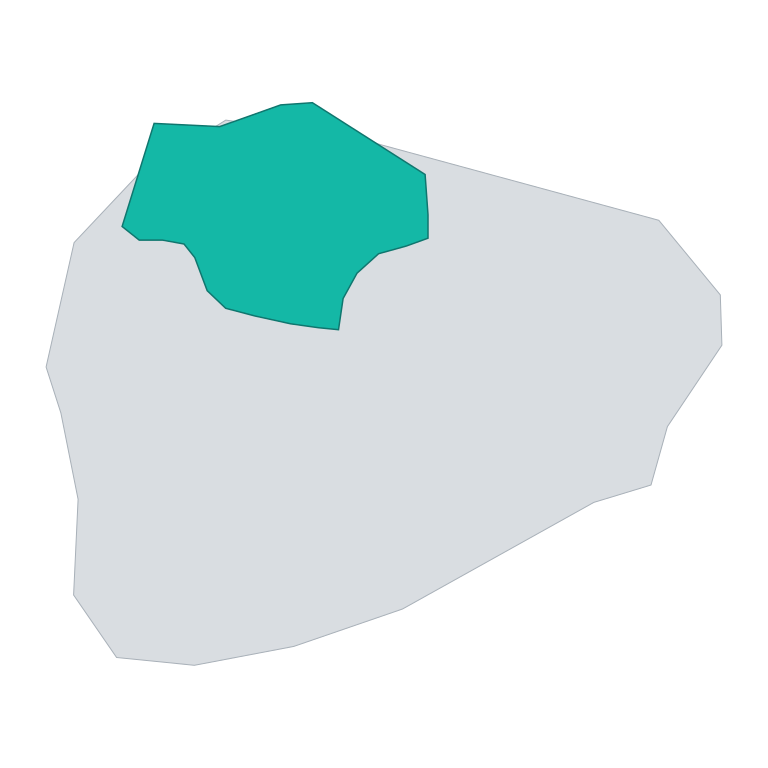 location of Ordino within Andorra
{"feature_id": "AND-4878", "entity_name": "Ordino", "entity_type": "state/province", "adm_level": 1, "iso_a3": "AND", "parent_name": "Andorra", "parent_adm1": "", "projection": "natural_earth1", "projection_center": [1.528, 42.606], "detail": "fine", "context": "in_parent", "style": "filled", "palette": "teal", "viewbox_px": 768, "rotation_deg": 0, "n_neighbors": 0, "source": "natural_earth", "source_scale": "10m", "svg_char_len": 693}
<svg xmlns="http://www.w3.org/2000/svg" viewBox="0 0 768 768"><path d="M651.0,485.0L593.8,502.4L402.5,609.0L293.8,646.4L194.3,665.3L116.6,657.5L73.6,595.0L78.1,499.3L60.9,413.0L46.1,367.0L74.1,242.6L137.6,175.2L225.8,120.1L364.5,140.3L658.8,220.3L720.3,294.9L721.9,345.2L667.4,426.6L651.0,485.0Z" fill="#d9dde1" stroke="#a8b0b8" stroke-width="1"/><path d="M312.4,102.7L425.1,174.5L428.0,214.8L428.0,238.2L406.4,246.0L378.6,253.7L357.0,273.2L343.1,298.5L338.5,329.7L318.4,327.7L290.6,323.8L255.0,316.0L225.7,308.3L207.2,290.7L194.8,257.6L184.0,244.0L162.4,240.1L139.2,240.1L122.1,226.5L154.1,123.4L219.7,126.6L280.7,104.9L312.4,102.7Z" fill="#14b8a6" stroke="#0f766e" stroke-width="1.5"/></svg>